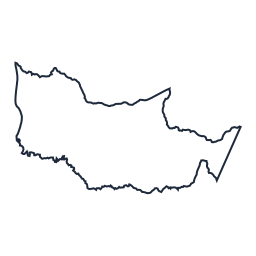 outline of Santa Maria do Tocantins, Tocantins, Brazil
{"feature_id": "56859067B8040117267322", "entity_name": "Santa Maria do Tocantins", "entity_type": "district", "adm_level": 2, "iso_a3": "BRA", "parent_name": "Brazil", "parent_adm1": "Tocantins", "projection": "robinson", "projection_center": [-47.839, -8.802], "detail": "fine", "context": "isolated", "style": "outline", "palette": "slate", "viewbox_px": 256, "rotation_deg": 0, "n_neighbors": 0, "source": "geoboundaries", "source_scale": "gbopen_adm2", "svg_char_len": 5307}
<svg xmlns="http://www.w3.org/2000/svg" viewBox="0 0 256 256"><path d="M216.8,180.5L240.6,126.9L239.5,126.5L238.5,127.1L237.2,127.9L235.6,127.4L234.4,127.1L233.3,127.5L232.1,127.7L231.0,128.9L230.5,129.9L229.7,131.0L228.1,131.4L226.9,131.5L225.9,131.8L225.0,132.7L224.2,133.9L223.4,135.0L222.9,136.4L222.5,137.4L222.1,139.0L220.9,139.7L220.0,140.2L218.9,140.4L217.9,140.5L217.0,141.1L215.7,141.7L214.3,141.9L213.1,142.3L211.8,142.1L211.4,140.9L210.6,139.9L208.7,140.1L206.8,140.0L206.1,138.7L205.7,137.3L204.8,136.6L203.6,136.1L202.0,136.2L200.4,135.8L199.3,135.5L198.2,134.9L196.8,133.8L195.8,132.7L194.7,131.6L193.3,131.1L191.7,131.3L190.6,131.9L190.2,130.5L189.0,129.8L187.8,129.7L186.4,130.0L185.2,130.1L183.9,129.9L182.8,129.7L182.0,130.9L180.7,130.4L179.7,130.7L178.7,130.1L178.7,128.7L178.1,127.6L177.0,127.1L175.7,126.8L174.6,128.0L173.4,127.8L172.4,128.5L171.1,128.3L169.9,128.4L168.7,127.2L168.0,125.9L166.9,124.6L167.1,123.1L166.7,121.4L165.8,120.1L165.8,118.3L164.7,117.1L164.3,116.0L164.3,114.7L163.5,113.4L162.8,112.0L162.7,110.1L162.8,108.6L163.5,106.7L163.7,105.1L163.4,104.0L163.7,102.4L164.5,101.0L165.0,100.0L165.6,98.8L166.6,98.9L167.5,98.5L168.4,97.5L168.7,96.4L169.6,95.1L170.1,93.2L169.9,91.2L169.4,89.8L169.6,88.6L166.1,90.1L153.3,96.9L151.9,97.7L147.6,99.7L145.9,100.2L144.4,100.3L143.4,100.1L142.0,99.9L140.7,99.8L139.7,99.9L138.8,101.0L137.5,101.6L136.6,102.2L135.7,102.9L134.3,103.5L132.7,104.8L131.0,104.8L129.6,104.6L128.3,104.2L127.6,103.3L126.4,102.6L124.6,102.3L123.3,102.5L122.3,103.2L120.9,103.8L119.0,103.8L117.7,103.9L116.5,103.9L115.3,104.1L113.9,105.0L112.5,105.4L111.3,105.5L110.1,106.0L108.9,106.1L107.7,105.6L106.4,105.2L105.2,104.9L103.9,104.4L102.6,103.5L101.4,103.0L99.9,103.0L98.8,102.7L97.6,102.9L96.0,103.5L94.6,103.2L93.7,103.6L92.6,103.3L91.2,102.6L89.6,102.4L88.2,102.4L86.8,101.7L85.9,100.5L85.4,98.9L84.5,97.9L84.9,96.7L84.3,94.8L83.5,93.4L82.9,92.4L82.6,91.2L81.9,90.1L81.4,88.8L80.7,87.4L80.1,86.2L79.9,84.9L79.4,83.9L78.9,82.7L77.9,81.9L76.9,81.1L76.1,80.1L74.5,79.4L72.7,79.8L71.5,79.3L70.8,78.1L69.6,77.9L68.3,77.7L66.7,76.7L65.9,76.0L65.4,75.0L64.2,73.7L62.8,73.7L61.4,73.5L60.2,73.0L59.5,71.6L58.4,71.6L57.3,71.0L56.6,69.5L55.7,68.0L54.6,68.0L53.7,68.9L53.1,70.7L51.9,71.3L51.0,72.6L51.8,74.3L50.1,74.8L49.1,76.2L48.0,76.2L46.6,76.5L44.8,76.3L43.2,76.1L41.6,76.2L39.9,77.2L38.9,76.0L37.9,74.9L36.9,74.2L35.8,74.1L34.7,74.5L33.2,73.8L31.9,74.7L31.7,73.5L31.2,72.2L30.1,71.9L29.0,71.5L28.0,72.6L26.7,73.1L25.3,71.8L23.4,71.3L22.1,70.1L21.4,68.9L20.7,68.1L20.7,66.8L19.7,66.0L18.5,65.6L17.5,64.0L16.7,63.2L15.5,62.8L15.5,65.0L15.8,66.8L16.4,69.4L16.7,71.3L17.2,74.6L17.4,76.9L17.4,79.7L17.3,81.0L17.0,82.6L17.0,84.0L16.7,85.5L16.5,87.8L16.2,89.8L15.9,92.8L15.5,97.4L15.5,98.8L15.4,100.7L15.5,101.9L15.7,103.8L16.7,106.2L17.8,107.3L18.8,108.3L20.5,111.6L20.9,113.1L21.6,115.2L21.9,116.8L21.8,118.5L21.7,120.3L21.1,123.5L20.5,125.2L20.2,127.0L17.9,133.7L16.5,136.0L16.6,137.7L16.7,138.8L16.8,140.4L17.8,141.4L17.9,139.3L18.9,139.2L19.8,140.3L19.4,143.0L20.1,144.1L19.9,145.5L21.6,145.8L23.1,147.3L23.5,149.3L22.9,151.3L21.8,153.1L23.2,154.0L24.5,154.0L25.8,152.6L26.9,151.5L27.5,153.6L27.9,155.6L29.5,156.0L29.9,154.5L29.6,152.5L31.1,152.3L32.7,152.7L34.2,153.3L34.2,155.2L35.5,155.3L37.3,154.2L38.7,154.6L39.9,154.7L40.0,156.8L42.2,158.8L44.4,158.1L45.8,158.4L47.6,157.7L48.7,158.4L50.4,157.5L53.0,157.5L53.4,160.0L54.5,160.4L54.9,161.9L56.1,162.1L56.6,158.4L57.6,159.6L58.1,160.9L60.0,159.0L61.4,159.3L62.3,157.2L62.8,156.3L64.0,156.1L63.8,157.9L63.4,159.4L64.4,159.5L65.6,158.7L66.7,158.5L67.1,159.6L66.6,161.8L67.1,163.3L68.0,164.0L68.7,165.3L70.3,164.9L71.4,165.5L71.1,166.9L72.4,167.2L74.0,167.8L74.2,169.1L73.1,170.5L74.8,171.8L75.7,173.2L77.0,174.0L78.3,173.6L78.7,174.6L79.5,175.5L80.7,176.6L81.9,178.6L83.3,178.9L84.2,180.7L85.5,181.3L85.3,183.0L86.7,183.9L87.2,185.3L87.4,187.9L88.5,188.8L89.9,189.0L92.2,188.7L93.4,188.3L94.7,188.8L96.1,189.8L96.6,188.4L98.9,188.1L100.5,189.2L101.7,187.7L102.3,186.5L103.7,186.8L104.8,185.8L106.6,186.5L108.6,186.1L110.0,186.5L110.6,185.5L111.6,186.2L112.0,187.3L113.3,187.8L114.6,189.1L115.3,188.1L116.7,188.8L118.1,188.1L119.1,186.9L120.2,187.7L121.3,187.4L122.4,187.5L123.7,187.3L124.2,185.7L126.2,185.2L127.6,186.3L128.7,186.2L129.3,184.4L130.3,184.8L132.1,186.2L133.7,187.9L136.1,188.5L137.2,189.9L138.9,189.8L140.2,190.0L141.3,190.9L142.0,191.9L143.5,192.0L145.5,192.5L147.3,193.2L150.3,192.8L151.4,191.7L152.2,190.8L153.9,189.7L155.0,188.3L156.6,188.2L157.6,188.6L158.1,189.7L158.6,190.7L159.8,191.4L161.3,192.0L162.6,190.0L163.2,189.0L164.4,188.2L165.5,187.2L166.4,186.3L167.8,186.9L168.6,188.2L169.5,187.7L170.5,188.6L170.9,187.4L172.2,187.7L173.2,187.4L174.8,187.4L175.8,187.7L176.8,188.4L177.9,189.6L178.1,187.9L180.1,187.9L181.7,186.8L183.0,187.0L183.8,186.0L185.2,186.3L186.7,186.6L188.0,186.3L189.9,185.6L191.1,183.7L193.8,182.2L194.0,180.8L194.3,179.7L194.7,178.4L195.6,176.5L196.6,174.7L196.8,173.0L197.1,171.4L198.7,167.5L199.5,165.8L199.9,164.2L200.1,162.7L200.8,161.9L201.3,160.4L202.7,160.3L203.8,160.4L205.1,160.9L206.5,161.0L206.7,162.3L207.3,163.5L207.0,165.2L207.0,166.5L207.5,167.8L208.4,168.5L208.9,169.9L208.5,171.4L208.9,172.9L210.8,173.0L212.0,173.6L213.2,174.8L214.0,176.2L215.3,177.3L216.2,178.2L216.4,179.4L216.8,180.5Z" fill="none" stroke="#1e293b" stroke-width="2"/></svg>